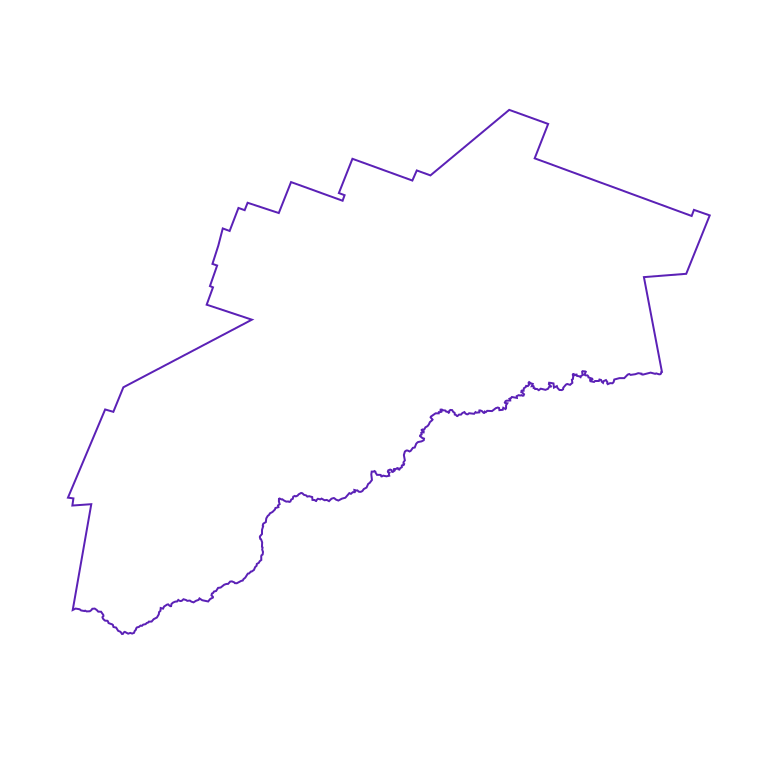 outline of Sarmiento, Santiago del Estero, Argentina, rotated 100°
{"feature_id": "61730980B44188734520902", "entity_name": "Sarmiento", "entity_type": "district", "adm_level": 2, "iso_a3": "ARG", "parent_name": "Argentina", "parent_adm1": "Santiago del Estero", "projection": "natural_earth1", "projection_center": [-63.319, -28.083], "detail": "fine", "context": "isolated", "style": "outline", "palette": "violet", "viewbox_px": 768, "rotation_deg": 100, "n_neighbors": 0, "source": "geoboundaries", "source_scale": "gbopen_adm2", "svg_char_len": 6163}
<svg xmlns="http://www.w3.org/2000/svg" viewBox="0 0 768 768"><g transform="rotate(100 384 384)"><path d="M659.6,639.6L659.1,639.0L659.6,637.4L658.9,634.3L657.6,633.0L656.0,632.2L655.4,629.9L656.4,627.7L657.8,625.9L657.4,623.1L660.2,620.3L661.2,620.0L662.5,620.8L663.8,620.1L665.1,618.4L665.5,617.5L665.2,615.4L665.5,614.8L667.3,613.7L667.9,610.0L668.3,609.2L670.3,608.2L670.4,605.5L673.2,603.0L673.8,600.5L675.7,598.6L675.4,597.7L673.8,597.1L673.1,596.2L674.3,592.6L673.2,590.7L673.5,588.7L672.5,587.0L670.5,586.6L669.1,585.7L667.6,585.6L666.5,584.9L665.9,583.3L664.2,581.8L664.2,580.4L662.8,579.4L661.9,577.1L660.6,576.2L659.7,574.6L658.9,574.4L658.3,571.6L655.6,570.0L653.4,567.1L650.0,565.8L647.7,565.9L646.3,564.8L643.4,565.0L643.6,562.6L641.3,561.9L638.9,559.3L638.5,558.3L639.5,556.8L639.9,555.7L639.7,555.1L637.5,555.1L635.9,553.8L634.5,551.7L634.2,550.1L632.4,549.1L632.9,548.1L633.1,546.8L632.7,545.6L630.8,544.1L631.1,541.5L631.7,540.1L631.0,537.6L631.8,535.9L632.1,533.6L630.2,531.6L628.8,529.1L627.2,528.5L628.5,525.5L628.7,519.4L626.0,517.9L624.0,515.4L623.2,515.6L622.1,517.2L620.3,517.1L619.4,516.0L617.9,515.4L617.0,513.4L613.6,512.0L612.8,509.5L609.4,506.5L608.3,504.5L607.9,502.8L605.3,501.2L604.8,499.5L605.4,496.9L606.0,496.3L605.8,494.4L602.6,490.3L602.1,489.0L600.6,488.5L598.8,487.0L594.4,485.2L594.0,484.0L591.8,482.5L591.7,481.8L589.7,479.8L586.7,479.1L585.1,477.9L583.3,478.0L581.8,476.2L580.2,475.7L578.6,474.3L574.9,475.0L574.0,474.9L573.0,473.9L570.4,474.0L568.2,475.2L566.0,475.2L565.6,475.9L561.1,476.5L558.3,478.1L558.1,478.9L556.3,479.7L555.6,479.7L552.9,478.1L548.8,478.8L545.0,478.3L544.7,478.8L543.5,478.8L542.5,478.6L540.5,476.4L536.8,476.6L534.1,475.6L532.6,474.3L531.3,474.0L529.4,471.6L526.5,469.6L525.0,469.4L523.6,466.6L522.0,467.3L520.5,465.9L517.9,467.1L515.3,467.5L514.9,466.9L515.5,464.9L515.2,464.1L516.1,462.3L516.8,459.9L516.3,457.8L516.6,456.9L516.0,455.8L513.9,455.3L512.9,453.9L510.7,453.8L509.7,452.4L510.0,451.3L508.9,449.7L507.5,448.9L505.7,446.7L505.8,445.4L507.0,443.7L507.3,441.1L508.2,440.0L507.5,438.2L507.8,435.1L510.6,434.3L510.3,432.2L511.0,430.9L511.0,430.5L509.9,430.2L508.5,429.2L508.7,426.7L507.7,425.6L508.8,422.4L508.1,420.2L508.9,417.8L506.1,415.8L505.1,413.9L505.1,413.1L506.2,411.2L506.7,408.7L504.2,405.5L502.7,402.3L497.5,399.2L497.9,397.5L496.0,396.0L495.6,394.0L494.6,393.8L494.4,394.6L493.5,394.8L493.7,392.5L493.4,391.7L494.4,390.2L494.4,388.8L493.9,387.6L493.0,386.6L491.0,385.7L489.0,383.2L485.1,382.2L483.9,380.9L480.6,379.2L475.3,380.8L472.4,380.9L472.1,379.0L471.4,378.3L471.8,377.3L472.7,377.0L474.7,375.1L474.1,371.5L475.4,370.6L475.4,370.1L474.4,368.9L474.5,365.5L473.4,362.9L471.8,363.6L470.3,363.2L470.2,364.6L469.5,365.0L468.3,364.8L467.2,363.1L467.5,361.6L469.0,360.9L469.1,360.1L467.4,358.5L466.7,358.8L466.8,359.3L466.1,359.4L465.8,358.6L465.9,357.8L464.5,356.3L464.5,355.7L465.5,355.1L465.6,354.0L464.0,353.4L462.9,352.0L461.2,352.3L460.7,351.7L460.6,350.9L459.9,350.3L459.4,350.3L459.4,350.9L457.7,351.2L455.6,350.2L450.5,352.1L446.9,351.7L445.6,350.4L445.4,349.2L446.0,347.1L445.2,346.1L441.9,344.5L441.2,342.7L437.2,341.9L436.0,341.1L435.2,340.3L434.0,337.1L432.5,335.1L430.8,335.1L430.5,336.9L429.0,339.5L428.4,339.5L427.2,338.2L425.7,338.8L424.8,337.3L424.8,336.6L424.2,336.6L423.3,338.7L422.6,338.9L422.1,338.2L421.9,336.5L419.5,335.7L417.9,333.8L416.0,332.8L413.6,332.2L411.2,330.2L410.6,330.0L408.8,332.3L408.0,332.2L403.9,328.1L403.4,325.0L402.2,325.1L401.7,323.1L401.2,322.5L400.6,322.6L400.0,323.8L399.4,323.8L399.1,322.6L399.6,321.5L399.5,318.9L400.4,318.0L400.4,316.4L401.1,315.3L400.7,314.9L399.1,315.0L398.4,314.5L398.0,314.0L397.9,312.3L399.3,311.2L400.1,309.5L401.8,309.0L401.8,308.1L402.8,306.7L402.8,306.1L401.1,304.8L400.8,302.9L398.9,301.7L397.7,299.9L398.9,298.7L399.4,297.3L399.3,296.3L398.0,295.1L397.7,290.1L395.8,289.0L396.2,288.1L395.4,285.2L393.5,285.5L393.3,284.9L393.6,283.0L395.1,280.9L395.1,280.4L393.7,280.0L394.1,278.9L392.5,277.7L391.9,272.9L388.4,269.7L387.4,267.8L387.7,266.5L389.7,265.8L388.8,262.6L386.7,262.4L387.6,260.0L386.7,259.6L383.6,260.1L381.6,259.2L381.6,261.5L381.3,261.8L379.8,261.3L379.2,260.6L378.3,256.8L377.4,257.0L376.7,257.8L375.8,256.5L374.6,255.8L374.6,250.7L372.9,251.2L371.6,249.4L371.7,247.9L371.1,246.6L371.5,245.7L371.2,244.6L369.8,244.3L368.2,246.6L368.2,247.3L366.9,247.4L366.4,246.9L366.4,245.4L363.9,245.5L362.4,243.9L361.2,243.7L361.1,242.0L359.3,240.9L359.0,241.4L357.5,241.8L356.9,241.4L357.8,239.4L358.1,237.5L360.5,238.1L360.1,236.6L360.3,236.2L362.0,235.9L362.0,234.8L362.7,234.3L362.3,232.5L363.2,230.5L361.4,228.8L361.7,224.0L360.3,221.7L357.7,220.7L357.7,219.3L357.3,219.1L355.5,221.6L354.1,221.6L354.0,220.9L354.0,217.2L358.0,216.0L356.1,213.4L357.7,212.5L359.4,210.2L359.1,207.8L358.1,206.7L356.5,206.8L353.0,204.7L352.2,203.6L352.5,200.6L350.1,198.7L347.2,199.7L346.2,198.8L343.6,199.0L342.1,199.7L341.4,199.5L341.2,198.9L342.3,198.3L342.3,197.7L341.3,196.5L341.3,196.0L342.0,196.0L342.5,195.4L342.5,192.9L343.1,191.6L341.8,191.3L340.4,189.6L339.2,190.5L337.4,191.0L336.9,190.7L336.7,187.9L336.9,187.4L340.0,188.1L340.5,187.1L340.2,185.1L341.0,184.1L342.0,183.8L342.6,179.9L343.1,179.6L343.7,180.3L343.7,181.5L344.2,181.8L345.4,181.2L345.5,177.5L344.4,176.7L343.7,172.9L342.2,172.6L342.3,171.0L344.0,169.9L344.8,168.5L343.1,168.3L341.6,166.1L343.3,164.4L344.6,164.3L345.3,163.6L343.9,161.5L343.6,159.1L342.2,158.2L339.6,158.0L337.4,153.3L336.5,148.4L332.4,145.6L331.6,144.2L332.2,142.7L330.7,138.2L329.2,135.5L329.1,132.2L329.7,132.1L329.8,130.7L326.5,123.4L326.9,118.7L326.3,117.8L326.7,114.7L326.3,113.5L325.5,113.0L324.0,113.0L323.8,112.4L233.6,146.6L223.0,105.5L161.4,92.5L158.7,109.0L165.1,110.2L135.6,274.8L99.4,267.5L92.3,308.3L170.5,374.5L168.0,388.8L178.7,391.4L167.7,454.2L203.8,461.6L204.9,455.6L210.7,456.6L201.3,510.6L233.9,517.3L229.2,549.8L237.0,551.4L235.9,557.9L260.1,562.6L258.8,569.8L276.5,571.2L295.5,573.8L296.3,568.9L317.8,572.4L318.5,569.2L336.7,572.4L343.6,525.3L432.5,640.1L458.4,645.7L457.5,654.2L550.8,675.5L550.6,670.0L557.8,669.8L553.2,651.4L660.6,651.3L658.7,648.7L658.7,644.6L659.6,643.0L659.6,639.6Z" fill="none" stroke="#5b21b6" stroke-width="2"/></g></svg>